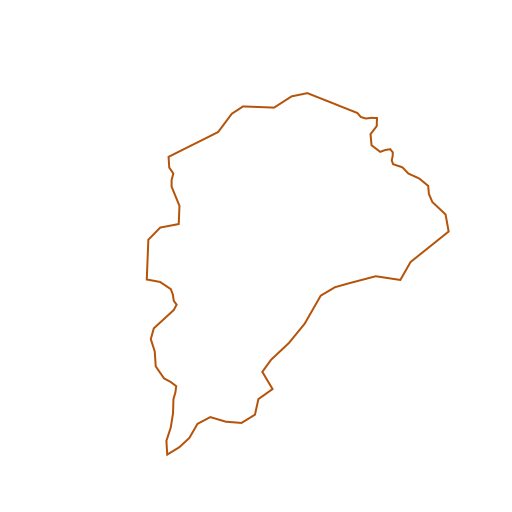 outline of Mubende, rotated 327°
{"feature_id": "UGA-3093", "entity_name": "Mubende", "entity_type": "District", "adm_level": 1, "iso_a3": "UGA", "parent_name": "Uganda", "parent_adm1": "", "projection": "orthographic", "projection_center": [31.514, 0.518], "detail": "fine", "context": "isolated", "style": "outline", "palette": "amber", "viewbox_px": 512, "rotation_deg": 327, "n_neighbors": 0, "source": "natural_earth", "source_scale": "10m", "svg_char_len": 1098}
<svg xmlns="http://www.w3.org/2000/svg" viewBox="0 0 512 512"><g transform="rotate(327 256 256)"><path d="M208.6,187.1L219.1,172.3L223.0,151.8L226.7,146.2L231.6,141.8L231.4,134.6L236.7,125.2L291.8,131.4L313.2,123.5L326.6,123.5L352.0,141.4L372.8,141.5L387.8,147.4L418.9,191.3L419.6,196.5L423.0,200.5L428.2,203.1L432.6,206.2L428.0,212.8L418.4,216.2L413.2,226.1L416.9,236.3L422.1,237.5L426.7,239.5L427.2,243.6L424.8,246.9L421.9,249.8L421.0,253.7L427.1,261.4L428.7,269.9L435.1,279.9L438.6,291.0L434.8,298.1L433.3,306.8L437.6,324.4L430.9,340.4L382.4,345.2L364.0,354.7L345.4,338.2L319.4,329.6L305.3,325.2L288.7,324.5L259.9,339.3L236.1,346.9L212.2,351.2L198.2,356.6L197.4,376.6L180.1,377.3L168.7,388.5L152.9,388.1L140.5,378.6L129.9,366.2L115.5,364.9L101.0,372.3L87.5,374.6L73.4,374.2L80.2,362.2L91.0,353.5L100.7,342.8L108.8,331.1L114.1,326.5L118.2,321.7L115.8,315.1L112.2,308.6L111.8,293.9L119.1,280.9L122.5,268.4L130.9,261.0L157.6,256.5L162.9,253.6L162.6,248.9L165.2,243.2L166.5,237.4L161.4,225.5L151.6,216.2L174.6,183.7L191.2,180.0L208.6,187.1Z" fill="none" stroke="#b45309" stroke-width="2"/></g></svg>